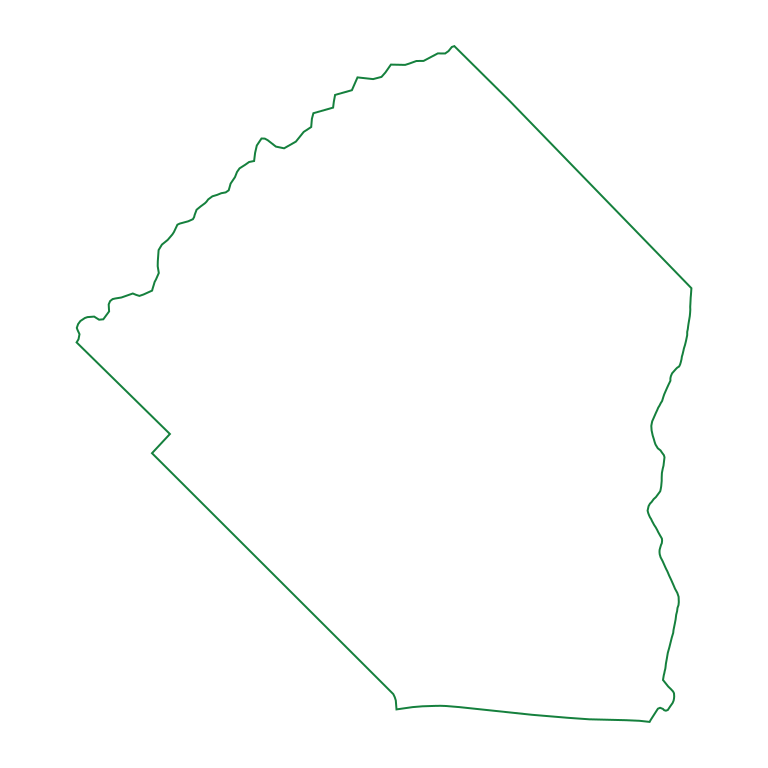 Hurlingham, Buenos Aires, Argentina
{"feature_id": "61730980B67082136706980", "entity_name": "Hurlingham", "entity_type": "district", "adm_level": 2, "iso_a3": "ARG", "parent_name": "Argentina", "parent_adm1": "Buenos Aires", "projection": "albers", "projection_center": [-58.642, -34.598], "detail": "fine", "context": "isolated", "style": "outline", "palette": "green", "viewbox_px": 768, "rotation_deg": 0, "n_neighbors": 0, "source": "geoboundaries", "source_scale": "gbopen_adm2", "svg_char_len": 3134}
<svg xmlns="http://www.w3.org/2000/svg" viewBox="0 0 768 768"><path d="M76.6,342.4L169.9,434.0L152.0,453.2L393.3,694.1L394.8,697.3L395.8,700.5L396.5,709.4L412.7,707.1L422.5,706.3L434.9,705.9L440.5,705.8L446.0,706.0L459.3,707.1L532.1,714.8L567.9,717.8L589.2,719.3L626.0,720.2L639.6,720.8L649.6,721.9L650.7,719.9L657.9,708.7L660.1,707.8L662.9,708.9L664.2,710.2L665.9,710.7L667.8,710.0L669.4,707.6L670.6,705.8L672.6,703.0L673.6,700.6L674.0,698.6L674.2,696.5L674.0,693.3L673.1,691.5L670.9,689.1L668.2,686.5L665.5,683.1L663.0,680.0L663.4,677.5L663.8,675.1L664.3,673.2L664.7,671.1L665.3,668.8L665.6,666.6L665.9,663.7L666.8,658.8L667.8,652.9L669.4,647.2L671.8,637.5L673.2,632.9L673.5,630.1L674.8,623.7L675.6,619.5L676.2,614.7L677.1,611.2L677.5,607.9L678.5,605.1L678.8,602.1L678.6,596.8L677.3,592.9L676.1,590.7L675.0,588.7L673.4,584.9L671.1,579.7L669.2,575.7L667.3,571.2L666.4,569.5L665.4,567.4L662.6,561.1L660.6,557.3L659.7,554.2L659.5,552.0L659.6,549.9L660.2,547.7L661.0,545.0L661.8,543.2L662.1,540.6L661.9,538.6L660.1,535.5L658.2,532.1L657.2,530.0L655.7,527.3L654.1,524.9L651.9,520.8L651.1,519.0L650.0,517.3L649.0,515.1L648.2,513.0L647.6,510.6L648.6,506.1L650.0,503.6L651.6,502.0L653.6,499.2L655.9,497.1L657.9,494.4L660.2,491.3L660.7,489.2L661.2,486.3L661.7,480.9L661.7,477.5L661.9,473.0L662.8,468.4L663.5,465.7L664.0,461.4L664.5,457.3L663.9,455.2L661.9,452.5L660.5,450.4L657.8,448.3L655.5,444.5L654.6,441.9L653.9,439.3L652.7,435.5L651.6,430.4L651.3,425.9L651.8,423.2L652.2,421.3L653.8,417.7L655.8,413.1L657.2,410.1L658.2,407.7L659.5,405.6L660.7,403.2L662.1,401.0L663.3,397.1L664.2,394.4L665.9,390.5L667.0,388.0L668.7,384.3L670.4,380.8L670.4,378.3L670.9,376.1L672.1,373.3L675.9,369.0L677.2,367.7L679.1,366.5L680.1,364.5L680.7,362.5L681.5,359.3L681.9,356.5L682.5,354.6L683.5,350.4L683.9,348.5L685.0,345.0L686.0,340.9L687.2,335.1L687.2,331.9L687.8,329.1L688.1,326.6L688.5,323.8L689.8,316.1L690.1,312.9L690.3,309.7L690.2,306.9L690.4,303.4L690.7,297.4L690.9,295.3L691.2,291.2L691.4,288.2L510.0,101.3L454.3,46.1L451.8,47.0L448.5,51.1L445.1,53.5L437.8,53.4L423.6,60.9L416.4,61.0L409.2,63.6L405.1,64.9L390.9,64.6L385.4,72.5L381.5,76.9L373.1,79.1L357.5,77.4L351.9,90.2L335.1,94.9L333.8,101.9L333.1,107.6L313.4,113.2L311.9,118.8L311.2,127.0L303.7,131.9L295.9,141.6L284.1,148.3L275.9,146.6L267.7,140.2L264.8,138.6L261.5,138.5L256.8,145.5L255.1,152.9L254.1,161.0L249.1,162.0L245.3,164.7L241.2,167.3L239.5,168.4L237.0,172.0L235.0,177.1L232.9,180.2L230.6,183.6L229.6,187.2L228.7,190.3L225.7,192.4L221.3,193.2L217.1,194.9L212.4,196.3L208.2,199.4L206.5,201.7L205.0,203.2L200.8,206.3L196.6,209.7L194.7,214.8L194.1,217.1L192.9,219.2L188.2,221.3L179.7,223.6L177.4,224.7L173.9,232.1L172.4,234.4L167.7,239.9L161.9,244.6L158.6,250.1L157.8,261.3L157.7,266.2L158.8,273.0L156.0,279.4L154.6,282.0L153.8,284.8L152.6,288.7L152.1,290.6L143.5,294.5L139.4,295.9L136.2,294.9L132.8,293.5L121.4,297.5L115.2,298.5L112.6,299.1L110.1,301.1L108.7,304.4L108.9,308.2L109.1,311.4L103.3,319.3L99.1,319.7L96.2,317.9L94.2,316.6L87.5,317.1L84.9,318.0L80.4,321.0L78.1,324.1L76.8,327.9L77.6,330.1L79.5,334.2L78.5,339.3L76.6,342.4Z" fill="none" stroke="#15803d" stroke-width="2"/></svg>